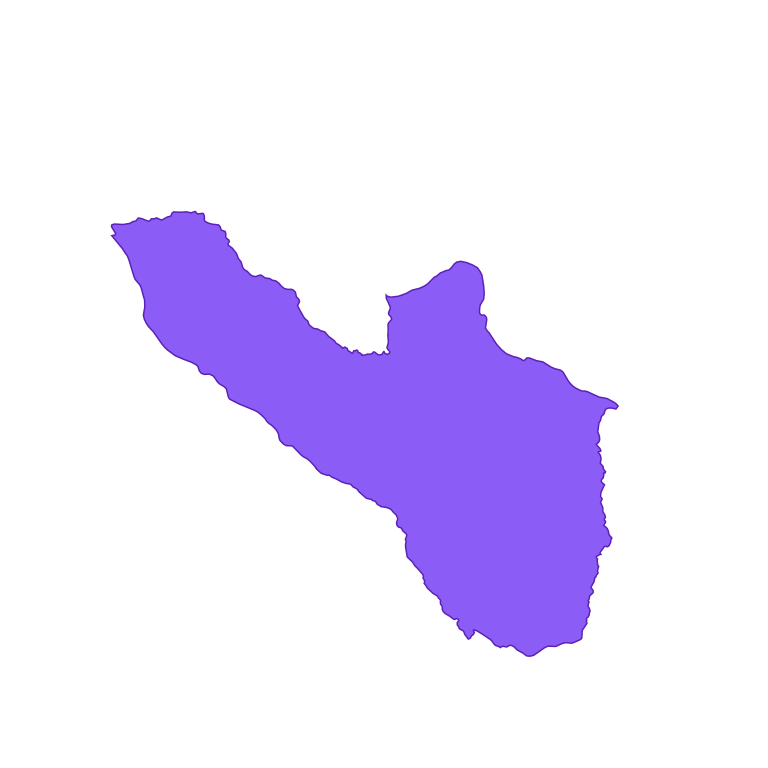 outline of Valparaíso, Antioquia, Colombia, rotated 308°
{"feature_id": "7082276B83090451858896", "entity_name": "Valparaíso", "entity_type": "district", "adm_level": 2, "iso_a3": "COL", "parent_name": "Colombia", "parent_adm1": "Antioquia", "projection": "natural_earth1", "projection_center": [-75.63, 5.665], "detail": "fine", "context": "isolated", "style": "filled", "palette": "violet", "viewbox_px": 768, "rotation_deg": 308, "n_neighbors": 0, "source": "geoboundaries", "source_scale": "gbopen_adm2", "svg_char_len": 6153}
<svg xmlns="http://www.w3.org/2000/svg" viewBox="0 0 768 768"><g transform="rotate(308 384 384)"><path d="M234.9,607.5L237.0,608.5L239.4,607.9L241.3,608.6L243.7,608.3L245.0,606.0L245.7,606.2L245.9,606.8L246.7,609.5L247.4,615.0L248.1,624.7L248.0,626.9L246.8,630.9L246.7,633.4L247.6,635.4L248.0,638.1L249.6,638.4L250.4,639.0L252.4,642.7L255.6,643.9L256.4,645.4L257.0,648.0L256.4,652.9L257.5,659.1L257.5,662.9L257.6,663.8L258.9,665.9L260.0,667.2L262.6,669.1L274.5,672.7L278.3,674.5L282.5,680.4L283.9,681.5L287.9,683.4L291.7,686.0L295.3,691.4L296.3,692.2L302.4,695.6L304.8,696.4L306.0,696.0L311.9,691.9L320.2,691.3L320.6,691.1L321.3,689.8L322.7,689.2L323.5,688.1L324.7,687.9L326.1,688.3L328.2,687.9L330.6,686.5L332.0,686.2L333.7,683.7L334.2,681.9L336.2,680.5L337.6,680.2L338.6,679.6L338.7,678.5L339.1,678.3L340.7,678.0L343.8,676.5L347.6,677.2L348.8,677.0L350.1,675.8L350.9,672.6L351.3,672.2L357.6,671.2L361.3,669.3L362.2,669.8L364.1,669.1L366.9,669.1L367.7,667.7L369.0,666.8L370.3,666.4L370.7,665.8L372.2,665.7L373.0,663.8L376.1,660.7L377.5,660.1L377.8,658.4L378.4,657.7L379.5,657.8L382.2,658.9L383.3,659.8L383.6,658.6L384.3,658.0L391.3,657.7L392.3,658.2L393.3,660.3L395.0,660.9L398.7,660.1L400.7,658.8L403.0,658.3L403.6,654.7L405.0,652.5L406.0,651.7L407.5,649.0L407.9,646.7L407.7,644.8L407.9,644.1L411.3,643.8L412.3,642.8L412.4,641.2L412.8,640.9L415.1,640.6L415.6,640.3L416.8,638.6L418.1,635.1L421.5,632.3L423.9,627.6L427.7,626.7L428.7,623.8L432.4,621.6L440.4,619.8L440.6,615.8L441.3,614.9L442.7,614.3L445.1,614.5L448.0,613.0L448.7,611.9L449.1,611.9L450.1,613.0L451.3,612.6L452.0,609.4L453.8,607.5L454.8,603.1L458.0,601.6L460.3,599.4L461.2,597.9L462.0,594.8L462.7,594.7L464.3,596.1L465.2,595.7L466.1,593.8L467.0,588.7L467.7,588.3L469.3,588.9L470.9,588.9L472.8,588.3L475.5,585.9L477.9,581.9L485.6,577.4L488.6,577.0L492.2,575.3L495.7,575.8L499.5,574.4L501.5,574.5L503.9,576.2L504.4,577.4L505.2,578.1L507.1,582.2L510.8,582.0L511.3,579.1L511.1,575.9L509.9,568.8L506.1,561.5L503.1,548.7L502.1,546.6L500.5,544.6L499.6,541.6L498.8,537.5L498.6,534.4L499.0,530.9L499.7,527.8L503.6,517.8L503.6,514.5L501.2,509.1L500.2,505.2L499.2,495.5L496.3,489.9L494.0,482.5L492.6,480.6L489.0,480.1L488.1,479.0L487.9,476.2L486.9,472.7L485.1,468.7L483.5,463.0L483.2,461.7L483.4,455.4L484.6,448.4L489.0,435.4L489.5,432.5L490.6,429.5L497.4,425.7L498.8,424.6L499.8,423.0L500.1,420.5L498.4,418.6L498.4,416.2L499.6,414.9L503.1,412.4L505.6,411.2L512.2,410.3L516.8,407.4L522.8,402.0L530.1,394.1L531.9,390.2L533.1,385.9L532.2,379.9L530.5,374.3L527.9,368.9L524.9,366.3L521.9,365.5L517.2,365.5L513.6,364.9L511.8,363.2L506.1,360.0L501.5,359.1L499.2,357.9L490.0,356.8L486.1,355.6L481.2,353.0L475.3,348.4L468.6,345.5L462.0,341.3L456.6,335.9L455.1,332.1L455.3,331.1L453.0,333.0L448.7,341.2L447.5,342.4L443.3,343.6L441.8,344.7L441.1,348.3L439.7,350.2L435.1,350.0L433.4,350.5L429.2,354.0L424.7,357.1L419.4,361.9L414.5,363.9L413.8,365.1L413.2,367.9L412.8,368.7L411.9,369.3L409.4,368.5L408.7,366.0L409.5,364.2L409.3,363.8L405.9,364.1L404.0,362.6L403.4,361.0L403.4,357.4L403.0,356.1L400.3,355.7L398.6,354.4L397.5,352.5L396.0,351.9L393.2,349.2L393.1,348.7L393.6,348.6L393.8,348.1L393.5,347.1L393.7,346.1L392.9,344.2L394.1,342.8L394.0,341.7L392.3,340.7L391.5,339.7L389.1,340.3L388.6,340.1L388.4,339.2L388.5,337.1L388.1,335.2L389.4,333.0L388.9,330.3L387.0,329.6L387.1,323.7L386.6,321.5L387.5,318.5L387.4,311.0L388.5,305.7L388.4,304.6L387.0,301.4L386.6,298.1L384.5,294.4L384.4,289.6L384.7,288.3L386.6,285.3L386.8,281.4L387.6,278.8L391.4,269.9L392.6,267.6L396.7,266.8L397.8,265.7L398.4,264.1L398.8,261.3L401.8,257.6L402.2,255.0L401.7,252.8L399.3,249.9L398.0,246.9L397.8,245.3L398.0,242.5L398.7,239.3L398.7,235.6L397.0,231.9L396.7,229.0L394.4,225.1L394.2,220.3L393.1,218.9L389.8,216.9L388.5,214.7L388.0,213.2L388.0,210.1L388.6,206.9L388.1,203.2L388.9,200.9L392.2,196.3L393.2,192.0L396.0,187.4L397.6,181.0L397.6,175.6L398.7,174.8L401.2,174.3L401.9,173.0L401.9,169.8L402.2,168.9L405.1,166.8L406.4,164.8L405.1,161.1L407.2,157.7L407.5,155.7L403.8,149.5L402.5,146.0L402.0,143.1L402.7,141.3L404.7,140.0L406.5,138.0L406.9,137.0L406.9,136.1L403.6,132.8L403.1,131.2L403.8,129.4L403.6,128.9L400.0,126.5L398.3,122.7L394.0,117.8L390.0,112.2L388.2,111.8L385.0,112.6L382.1,110.4L376.6,108.0L376.1,107.4L374.9,102.5L372.6,101.2L371.1,99.0L368.0,98.9L367.1,97.9L365.3,91.6L363.6,88.2L359.8,88.1L357.4,86.2L353.9,84.7L349.0,80.1L344.1,73.1L342.0,71.6L341.3,71.6L340.1,72.7L337.3,80.0L335.8,80.2L333.3,78.2L329.5,95.1L327.9,99.4L327.1,102.5L325.1,106.1L314.3,121.5L313.2,123.7L311.8,130.4L310.6,133.0L302.6,143.8L297.4,148.1L290.0,152.1L287.5,155.3L285.6,159.2L284.3,162.9L283.1,170.4L278.9,184.0L277.9,188.6L277.5,192.4L277.8,202.2L280.0,210.5L282.7,219.2L283.5,224.2L283.4,225.8L283.0,226.9L280.6,230.5L280.0,233.6L281.1,236.7L284.3,240.3L285.2,244.3L284.8,246.4L283.1,251.5L282.8,254.5L283.5,259.5L283.2,262.7L278.2,269.0L277.3,270.6L277.1,272.1L279.1,282.3L283.6,298.4L284.2,302.0L284.1,306.2L283.5,311.6L282.4,314.7L282.1,317.4L282.3,321.0L281.6,327.1L279.8,331.4L276.4,335.2L275.5,336.8L275.1,339.3L274.8,341.6L275.3,345.0L278.5,349.4L278.7,350.7L277.0,362.9L277.1,366.1L277.8,369.7L277.6,373.7L276.5,380.1L275.4,383.4L275.0,388.9L275.4,390.8L277.1,395.5L278.5,396.9L278.5,400.2L279.9,405.4L280.7,410.8L282.3,415.4L284.5,419.2L283.9,423.2L284.7,427.2L283.6,431.1L283.1,440.1L283.9,442.5L285.2,444.6L285.1,446.8L286.1,448.9L286.1,449.7L285.1,452.8L285.6,457.3L287.8,461.0L289.1,464.3L289.5,467.1L288.8,469.6L288.3,474.2L286.6,477.5L286.2,477.9L282.4,479.3L281.3,480.3L280.4,481.9L280.2,483.7L281.0,485.5L281.0,486.6L279.8,489.3L279.6,493.9L278.7,495.1L277.7,495.6L274.6,496.6L273.4,498.7L271.7,499.2L269.1,501.1L262.0,508.8L261.2,516.4L259.7,520.4L259.4,523.7L257.8,531.7L256.8,533.4L255.1,534.2L254.2,536.7L253.6,537.4L251.6,538.5L251.2,540.5L249.9,543.7L249.2,551.4L249.8,556.8L249.1,558.0L248.4,561.8L246.7,562.7L245.3,564.3L244.6,566.8L242.3,568.6L241.1,571.0L240.8,573.7L241.5,579.0L241.5,583.5L242.2,584.9L243.6,585.4L244.0,586.0L244.2,587.7L243.5,588.7L241.2,588.5L239.2,590.2L238.7,591.9L237.5,594.3L238.2,598.1L238.0,599.3L236.4,601.9L234.9,607.5Z" fill="#8b5cf6" stroke="#5b21b6" stroke-width="1.5"/></g></svg>